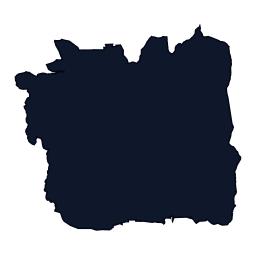 the district of Vladesti, Arges, Romania
{"feature_id": "2599482B92023651488656", "entity_name": "Vladesti", "entity_type": "district", "adm_level": 2, "iso_a3": "ROU", "parent_name": "Romania", "parent_adm1": "Arges", "projection": "equal_earth", "projection_center": [24.925, 45.154], "detail": "fine", "context": "isolated", "style": "filled", "palette": "ink", "viewbox_px": 256, "rotation_deg": 0, "n_neighbors": 0, "source": "geoboundaries", "source_scale": "gbopen_adm2", "svg_char_len": 5698}
<svg xmlns="http://www.w3.org/2000/svg" viewBox="0 0 256 256"><path d="M235.5,182.8L235.5,180.9L235.1,179.3L235.5,177.8L235.1,176.5L235.2,175.1L235.2,174.0L234.6,172.6L235.0,170.2L235.9,168.8L236.1,167.7L237.2,164.7L240.1,159.8L240.4,159.2L240.6,158.0L240.4,157.0L238.3,154.8L237.7,152.5L237.4,151.8L236.2,150.9L235.0,148.9L233.5,146.9L232.2,146.6L230.5,145.6L229.5,144.5L228.7,143.4L228.7,142.3L230.6,136.1L230.8,134.7L230.8,133.6L231.5,131.6L232.6,129.6L232.9,128.2L233.3,127.3L232.6,125.3L232.0,124.1L231.8,123.3L227.8,97.7L226.7,93.2L226.3,89.0L226.4,87.9L226.7,87.2L228.3,84.9L229.0,81.6L230.1,78.9L230.0,77.2L230.5,75.4L230.7,73.0L230.5,69.2L230.6,66.5L230.9,66.0L231.3,64.0L231.0,62.2L231.1,60.5L230.9,58.9L230.3,58.0L230.4,56.6L229.3,53.2L229.0,51.6L229.1,50.2L228.6,49.1L228.8,47.6L228.6,47.2L228.8,46.5L228.0,46.0L226.9,44.3L224.7,42.6L223.7,42.2L222.7,41.9L220.1,41.7L219.0,40.8L210.4,37.3L210.0,37.4L208.3,36.6L205.5,37.0L204.1,37.0L202.5,36.3L202.3,34.6L201.5,33.1L200.5,31.8L199.9,30.6L199.9,29.7L200.3,28.5L199.8,26.0L199.3,27.2L197.6,28.1L197.0,28.9L196.0,29.5L195.5,30.7L195.3,33.3L195.0,34.1L192.8,37.0L191.5,38.0L189.8,39.8L188.4,40.2L186.6,40.5L185.9,40.9L185.5,41.6L185.1,41.6L183.9,42.1L182.0,44.5L181.4,44.6L180.0,43.7L178.8,43.8L176.7,45.7L176.2,46.0L175.4,47.7L175.4,50.5L173.4,53.2L172.5,53.8L171.4,53.8L169.1,52.4L168.3,50.9L167.7,48.7L167.7,47.2L167.4,45.3L167.3,42.7L166.9,41.3L167.0,39.6L166.7,36.9L165.3,37.0L162.9,36.7L161.4,37.9L159.9,37.9L158.5,38.2L156.2,37.8L154.3,37.1L152.1,37.0L151.7,36.6L150.2,37.9L147.0,42.2L146.3,43.8L144.9,46.3L144.2,47.3L141.5,49.8L141.4,54.5L140.3,56.0L140.0,57.0L140.2,58.1L139.9,58.9L139.9,59.8L138.9,61.3L138.2,61.8L137.3,63.2L137.0,63.3L135.4,63.0L135.0,62.8L133.0,62.2L131.7,62.4L130.2,63.1L129.1,63.2L128.2,63.8L127.1,59.9L125.2,57.3L123.2,55.3L123.1,52.8L123.3,50.6L120.5,45.1L116.1,45.4L116.2,46.6L111.9,46.6L112.6,44.3L105.6,44.6L106.6,47.5L103.9,47.5L104.2,50.0L93.3,49.9L91.9,50.1L79.2,50.2L78.8,50.1L78.4,48.9L77.6,47.4L74.1,45.0L74.1,44.8L69.1,41.2L65.3,40.5L61.6,39.5L61.2,40.0L60.3,40.6L59.8,40.7L56.6,40.8L54.9,40.6L54.6,41.1L54.7,41.5L55.3,42.9L55.9,45.2L59.2,51.2L60.9,56.0L61.1,55.9L62.2,58.9L61.3,59.8L60.2,60.1L56.6,59.9L56.7,60.5L56.3,60.5L53.0,62.7L46.6,64.7L48.7,69.3L52.9,71.7L54.1,71.6L56.4,71.7L60.3,70.8L61.6,71.2L64.1,71.4L64.1,71.5L63.5,71.7L59.9,71.6L58.6,72.0L57.0,72.8L56.1,72.8L55.2,73.7L54.4,73.5L53.4,73.8L51.2,73.6L50.9,74.2L50.4,74.3L48.6,73.9L47.9,74.4L44.4,73.4L42.3,73.3L38.3,74.3L37.7,74.8L37.7,75.6L38.0,75.9L37.9,76.2L37.4,76.5L35.1,76.1L34.3,75.8L33.5,75.2L32.5,74.8L32.1,74.4L31.0,73.8L29.4,72.5L28.9,72.4L28.2,72.7L26.1,71.8L25.0,72.7L18.6,74.1L16.8,75.3L16.1,76.3L15.4,76.9L15.7,80.7L16.8,82.3L16.4,84.6L16.4,84.9L16.7,85.4L18.6,86.7L19.5,88.1L19.9,88.4L22.9,89.1L27.6,88.8L27.7,90.2L27.5,90.8L27.6,91.4L28.9,92.6L29.4,93.2L29.7,94.0L29.7,97.4L29.0,97.7L27.7,98.0L27.2,98.6L25.3,102.5L25.3,103.0L26.5,104.7L25.5,105.8L24.3,106.4L24.6,107.0L24.6,108.1L25.3,108.9L26.3,110.8L26.4,112.7L27.3,113.7L27.3,114.1L27.1,114.7L27.3,116.5L26.6,117.9L26.3,118.9L26.5,121.2L26.6,122.0L28.2,123.8L28.4,125.7L27.6,126.8L27.6,127.9L26.8,128.7L26.0,130.3L25.9,132.1L26.7,133.2L26.7,134.2L28.0,135.4L28.2,136.4L27.7,137.0L27.9,138.7L28.5,139.3L28.9,141.1L29.9,142.2L32.3,144.0L34.2,144.6L35.2,143.1L35.9,142.4L36.0,141.6L35.4,139.7L36.5,138.3L36.8,136.8L37.3,136.8L38.2,137.5L40.7,138.3L41.4,138.9L42.2,141.1L42.7,145.2L43.3,147.3L43.7,148.0L44.2,148.4L44.8,148.4L46.3,149.5L47.3,149.6L48.1,149.2L48.5,149.3L49.1,149.8L48.5,150.3L46.7,153.8L47.5,155.8L47.3,157.1L47.4,158.9L48.0,161.9L49.3,163.8L49.6,165.0L48.9,167.2L48.7,170.3L47.8,171.0L47.6,171.4L47.8,173.6L48.2,174.5L48.2,175.5L47.4,176.3L47.5,178.0L46.7,179.3L45.6,180.5L45.2,181.6L45.3,182.2L46.2,183.6L45.8,184.7L45.4,185.0L45.3,186.9L45.5,187.9L44.6,189.0L44.4,189.7L44.8,190.9L46.4,191.4L46.6,192.1L47.2,192.6L46.7,193.8L46.2,196.2L46.1,197.4L46.3,198.5L46.8,199.4L47.5,200.1L48.7,200.0L49.5,200.3L50.6,201.8L51.0,202.1L51.6,202.2L53.0,201.4L54.3,202.6L55.7,204.7L55.3,205.4L55.3,205.9L56.2,208.2L55.3,209.5L54.9,210.9L60.6,212.6L62.7,218.8L64.2,221.1L70.3,225.2L78.2,228.3L91.3,228.3L96.3,230.0L103.0,229.4L104.0,229.6L107.9,229.6L109.1,229.8L111.2,228.7L111.8,227.8L113.0,227.4L113.1,225.5L113.8,225.5L113.9,224.7L114.3,224.4L114.5,224.8L115.4,225.0L119.7,223.5L122.1,224.4L122.1,223.1L121.0,223.1L121.0,222.6L123.6,222.3L126.3,221.6L128.3,221.7L128.4,219.8L132.3,219.9L135.7,219.8L135.9,221.2L139.8,220.8L139.6,221.2L143.5,221.1L152.1,222.2L155.8,221.7L156.6,222.2L163.1,222.5L163.0,223.1L163.9,223.2L163.9,223.7L164.3,223.5L164.6,222.9L164.6,221.7L164.3,221.3L164.0,219.6L165.0,218.5L165.0,217.8L169.3,218.0L169.4,217.6L169.7,217.6L170.6,218.2L170.6,217.8L170.2,216.4L170.4,216.1L171.9,216.3L172.4,216.8L172.9,216.9L172.8,217.7L173.0,218.7L172.6,219.7L172.4,220.7L172.6,221.2L173.4,218.7L174.2,217.5L186.6,217.0L190.4,218.2L190.2,217.3L190.7,217.1L193.8,220.0L194.4,220.8L194.5,221.2L196.3,223.2L197.6,222.2L198.2,222.0L198.4,221.7L198.3,221.4L198.6,220.9L199.2,221.2L200.1,221.0L202.0,221.0L203.6,220.8L205.4,220.7L206.1,220.3L207.0,219.5L207.4,219.5L211.0,222.8L212.3,223.7L213.4,224.1L214.3,224.2L218.1,223.1L220.0,224.2L222.5,225.0L227.3,224.6L227.8,224.1L228.3,223.0L230.2,221.5L231.7,219.5L232.0,217.9L231.9,216.7L232.3,215.7L231.9,214.8L232.4,214.2L232.5,213.7L231.9,213.0L231.8,212.6L232.6,211.4L232.5,210.3L233.1,209.2L233.4,208.3L234.3,206.7L235.4,205.8L235.4,205.5L234.0,204.5L233.8,203.8L233.7,203.3L234.0,202.1L233.8,201.2L233.6,199.2L233.8,197.3L234.2,195.5L235.0,194.4L235.6,194.0L236.3,191.8L236.0,190.7L236.0,189.7L235.7,188.3L235.4,184.9L235.0,183.3L235.5,182.8Z" fill="#0f172a" stroke="#020617" stroke-width="1.5"/></svg>